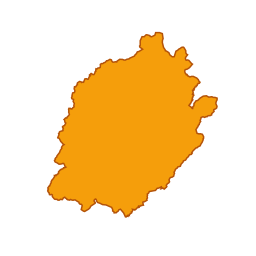 outline of Muong Te, Lai Chau, Vietnam, rotated 255°
{"feature_id": "81297802B94651516294700", "entity_name": "Muong Te", "entity_type": "district", "adm_level": 2, "iso_a3": "VNM", "parent_name": "Vietnam", "parent_adm1": "Lai Chau", "projection": "natural_earth1", "projection_center": [102.647, 22.474], "detail": "fine", "context": "isolated", "style": "filled", "palette": "amber", "viewbox_px": 256, "rotation_deg": 255, "n_neighbors": 0, "source": "geoboundaries", "source_scale": "gbopen_adm2", "svg_char_len": 5797}
<svg xmlns="http://www.w3.org/2000/svg" viewBox="0 0 256 256"><g transform="rotate(255 128 128)"><path d="M153.6,209.4L154.6,208.7L156.5,208.4L158.5,207.3L161.0,204.3L161.4,202.6L161.3,201.1L161.7,200.5L162.4,200.0L162.5,199.5L164.0,199.0L164.2,198.4L164.6,198.7L165.4,197.7L166.8,197.4L168.4,197.5L169.6,198.4L169.5,200.2L170.0,202.0L170.5,203.2L173.0,206.8L173.8,206.1L177.5,204.3L178.3,203.2L178.4,201.8L178.8,201.5L180.2,201.4L181.3,201.9L183.3,204.5L184.2,203.7L185.5,203.3L187.8,203.8L191.0,202.9L191.6,202.6L191.9,202.0L192.0,200.5L191.3,198.9L191.1,197.6L190.2,196.0L189.8,194.2L184.9,191.1L185.2,189.5L185.6,188.9L187.9,187.3L190.2,187.0L192.5,184.9L192.9,184.1L194.0,184.1L196.6,183.2L201.8,183.3L204.0,184.1L205.2,185.0L210.3,185.6L212.0,183.1L213.0,179.4L210.7,178.0L210.0,174.5L210.7,173.1L211.4,173.1L211.8,172.7L213.2,170.3L213.3,169.5L212.0,167.3L212.6,165.2L209.2,162.4L204.7,161.2L204.2,160.4L203.0,160.4L200.3,162.5L199.1,158.5L199.1,156.7L197.6,155.3L196.8,153.7L195.8,152.8L195.0,147.7L194.5,146.8L194.7,144.7L194.3,142.9L194.7,141.7L195.6,140.6L196.5,137.8L195.4,134.7L194.7,134.2L195.2,133.2L195.3,131.2L195.7,130.2L197.1,129.6L198.1,129.6L199.0,128.3L198.3,125.8L198.5,124.7L197.3,123.0L197.3,121.6L196.9,121.0L196.8,119.6L197.1,119.0L196.6,117.7L195.4,117.5L193.7,116.8L193.5,115.9L193.7,114.4L193.0,113.2L193.5,112.4L191.9,111.7L191.2,111.7L190.9,110.8L189.7,110.2L188.4,108.9L188.6,108.1L190.2,106.6L190.2,106.3L189.7,105.7L189.2,105.6L189.5,105.3L189.3,104.7L188.7,104.9L188.6,104.4L188.2,104.2L187.8,104.5L187.1,103.5L185.4,102.1L185.5,101.5L186.3,100.8L186.6,99.1L183.7,96.9L184.0,96.5L184.0,94.8L184.8,94.6L185.5,93.2L184.7,90.9L183.9,90.4L183.4,90.5L182.9,90.3L182.8,89.6L181.3,88.1L181.7,87.0L179.7,86.1L178.2,86.4L176.8,86.0L176.1,85.2L176.3,84.0L176.2,83.6L173.9,82.3L173.4,82.4L171.9,81.3L170.7,81.4L169.7,82.8L167.8,81.9L165.6,82.5L163.7,81.5L162.4,81.4L161.7,79.7L160.9,78.7L161.5,77.5L162.0,77.2L161.9,76.9L162.3,76.1L161.6,75.5L159.5,75.2L158.8,74.8L156.3,74.9L155.3,73.8L154.4,72.1L153.5,71.5L153.9,70.3L152.7,68.4L152.3,68.8L149.9,68.6L149.0,69.2L148.3,68.8L147.9,68.2L146.8,67.4L146.7,66.0L146.1,65.0L145.5,65.0L144.6,65.5L143.9,64.9L142.3,64.5L142.2,61.4L141.7,60.5L140.8,60.2L140.5,59.5L139.6,59.7L136.8,57.6L136.5,57.7L136.3,58.4L135.3,59.0L132.2,59.6L131.4,60.2L129.5,61.0L128.5,61.9L128.2,60.8L127.3,59.5L126.3,58.7L125.4,58.7L124.0,56.9L122.0,55.5L119.5,52.2L118.3,51.5L118.1,50.8L117.3,49.7L116.4,49.7L115.8,48.6L114.4,48.7L113.9,49.0L112.7,50.5L110.9,52.0L110.6,53.4L110.5,55.1L110.7,55.4L110.4,56.7L108.9,57.1L107.0,57.2L106.3,57.8L106.0,56.5L106.3,55.5L105.4,54.4L105.5,52.9L105.2,52.7L105.1,51.8L103.7,49.6L102.3,49.3L102.3,48.8L101.6,48.3L101.6,47.7L101.1,46.9L101.2,46.5L100.8,46.2L101.2,45.8L100.9,45.5L101.2,44.6L99.9,44.4L97.5,41.5L97.4,41.0L95.9,39.8L95.1,39.7L94.0,38.5L93.2,38.2L92.7,37.2L92.1,37.1L92.1,36.5L90.8,35.0L89.7,35.4L88.8,34.4L88.2,34.6L87.8,34.2L86.2,34.6L85.9,35.0L84.0,34.9L83.6,35.5L83.7,36.8L83.4,37.3L82.9,37.6L82.6,37.4L81.3,37.2L78.3,38.6L77.6,40.2L77.6,40.9L76.4,41.7L76.1,43.3L76.5,43.9L76.6,44.7L75.8,45.8L76.4,46.8L77.2,47.4L77.5,49.0L76.8,49.2L75.5,50.5L75.1,50.4L74.3,51.1L73.4,53.1L73.8,53.7L73.8,54.2L73.0,55.0L72.4,56.3L72.5,57.2L72.1,58.5L70.2,60.1L69.1,61.4L67.9,61.3L66.8,62.0L66.3,63.3L64.9,63.7L61.3,61.7L59.3,63.4L58.6,64.5L59.8,68.9L60.6,70.4L62.2,71.9L63.8,76.8L64.7,77.1L65.0,76.6L66.3,76.3L67.2,76.8L67.8,77.9L67.8,78.3L67.2,78.8L65.4,78.8L63.9,79.4L62.6,81.4L60.6,83.6L59.4,86.8L55.6,91.6L53.3,92.1L51.8,91.7L50.8,92.7L49.6,92.6L49.2,94.8L49.9,95.8L50.1,96.8L51.4,98.1L51.5,99.7L47.1,101.8L42.9,102.5L43.0,103.2L42.7,103.3L43.2,104.1L42.8,104.8L43.3,105.0L42.9,105.3L43.4,105.6L43.1,106.6L43.9,106.7L44.3,107.7L44.8,108.2L44.8,108.8L45.2,109.7L46.1,109.6L46.1,110.2L47.4,111.5L48.3,111.3L47.8,112.4L47.1,113.2L47.4,113.4L47.2,113.8L47.4,114.6L48.0,115.2L48.6,116.6L48.5,117.5L49.2,117.6L48.8,118.3L49.8,118.4L49.4,119.2L49.4,120.1L49.8,120.4L49.5,121.4L49.8,122.2L49.5,122.9L52.2,123.0L52.7,123.4L52.5,124.7L53.3,127.7L54.5,127.6L55.4,128.7L57.1,128.8L58.0,129.5L59.2,129.5L59.8,131.1L61.1,132.1L60.6,138.4L62.2,140.6L62.0,142.1L62.6,145.0L62.0,145.0L60.8,144.1L60.8,145.1L61.1,145.9L60.3,146.8L59.6,147.1L60.1,148.3L60.5,148.7L60.8,149.7L61.5,150.4L62.5,150.1L63.0,150.4L64.0,151.7L64.4,153.1L65.3,154.2L67.3,154.2L68.8,155.5L69.2,156.5L69.1,157.9L69.7,159.7L71.2,160.4L72.2,161.2L73.4,161.0L74.5,162.3L75.6,162.9L76.3,164.1L76.5,165.1L77.5,166.0L77.5,168.7L79.3,169.9L80.8,172.3L81.9,173.0L82.1,175.3L84.0,177.3L84.7,179.0L85.6,179.6L86.3,180.6L86.1,181.8L86.2,182.5L87.1,183.5L87.5,183.1L87.8,183.3L89.0,184.7L90.7,187.7L91.2,188.6L91.0,189.6L91.8,191.0L92.1,193.1L93.5,194.2L94.9,195.8L97.2,197.6L98.0,197.6L98.4,198.3L100.0,198.8L102.7,198.2L103.7,196.4L103.9,195.1L105.0,193.3L108.9,193.2L109.9,194.4L110.6,194.9L111.0,195.7L112.6,196.8L112.8,197.6L114.4,198.5L115.5,199.9L116.6,199.6L118.1,200.8L119.2,201.2L119.5,203.3L118.4,204.8L118.8,206.4L118.4,207.2L118.9,207.9L119.1,208.9L118.7,210.5L119.0,212.2L120.2,212.6L121.7,215.4L123.2,215.4L123.6,215.7L123.8,217.5L124.4,218.8L125.9,219.6L128.5,219.2L129.4,219.3L131.2,220.4L132.1,221.3L133.8,221.8L135.0,220.0L135.5,218.3L136.5,217.1L136.9,214.0L138.8,212.1L139.3,208.9L138.2,205.3L136.6,202.5L136.6,200.6L135.3,199.2L134.6,198.1L132.4,197.4L131.8,196.2L130.1,195.5L130.2,195.1L131.7,194.5L134.0,192.7L135.1,193.9L135.1,194.4L137.0,196.1L138.2,196.8L137.9,197.4L138.8,197.9L139.2,197.5L140.4,197.9L140.6,198.4L141.5,198.7L142.6,200.0L143.8,199.1L144.0,199.9L144.6,199.5L145.5,200.2L147.5,200.1L147.4,201.0L147.9,200.9L148.0,201.7L148.6,201.5L149.0,201.7L148.9,202.4L150.1,203.0L150.3,204.5L151.0,204.7L151.1,205.7L152.3,206.4L152.5,207.0L152.9,207.3L152.8,208.6L153.6,209.4Z" fill="#f59e0b" stroke="#b45309" stroke-width="1.5"/></g></svg>